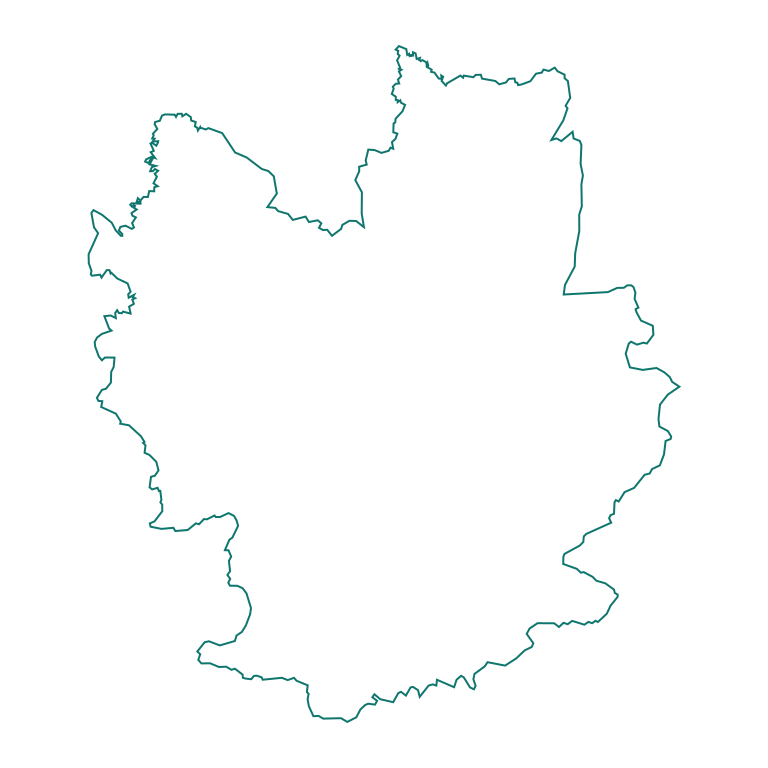 outline of Bhamo, Kachin, Myanmar
{"feature_id": "60261553B27046412343024", "entity_name": "Bhamo", "entity_type": "district", "adm_level": 2, "iso_a3": "MMR", "parent_name": "Myanmar", "parent_adm1": "Kachin", "projection": "orthographic", "projection_center": [97.111, 24.269], "detail": "fine", "context": "isolated", "style": "outline", "palette": "teal", "viewbox_px": 768, "rotation_deg": 0, "n_neighbors": 0, "source": "geoboundaries", "source_scale": "gbopen_adm2", "svg_char_len": 6036}
<svg xmlns="http://www.w3.org/2000/svg" viewBox="0 0 768 768"><path d="M572.6,131.8L561.3,141.1L556.5,138.4L551.4,140.0L563.3,120.4L567.5,108.3L565.6,105.8L570.2,97.9L567.9,81.1L564.6,78.2L564.6,74.7L557.6,71.3L554.7,67.6L548.9,71.0L543.5,69.6L541.8,72.6L536.0,73.7L530.4,81.2L521.4,84.5L518.1,85.1L517.4,82.8L515.3,82.2L514.5,78.5L508.9,78.9L505.9,82.5L499.2,84.3L495.4,81.0L482.0,78.6L480.9,74.8L475.7,74.9L473.4,77.2L463.8,75.6L463.1,77.7L460.4,75.6L447.1,83.3L445.9,85.5L441.6,80.9L443.1,76.7L441.3,75.5L441.7,78.9L438.7,78.5L434.5,72.6L431.1,71.8L431.7,69.7L427.4,67.2L428.2,65.6L427.5,62.8L426.6,64.8L426.3,62.3L422.4,60.1L420.7,61.1L419.6,59.6L418.9,61.0L419.9,58.0L416.7,59.0L415.6,53.4L413.0,52.3L413.1,55.6L410.6,56.0L411.3,55.0L409.1,55.2L409.0,53.8L407.2,54.9L406.3,49.1L398.9,46.1L395.7,49.6L398.2,50.8L397.7,54.0L399.6,55.7L397.1,60.4L400.2,67.9L399.0,68.8L401.4,69.8L398.9,71.4L401.2,76.1L397.9,79.6L399.2,83.5L395.7,83.8L392.8,86.8L393.7,88.6L391.8,94.0L395.8,96.7L395.8,99.9L397.7,100.1L397.7,102.2L400.3,100.3L401.0,102.7L405.1,104.9L402.4,111.4L395.6,118.7L395.2,122.5L393.6,123.4L393.3,132.3L397.3,133.6L395.5,138.8L392.0,142.1L393.2,148.7L390.5,147.7L388.7,150.8L381.5,152.9L374.7,150.1L368.3,149.6L365.7,160.4L366.7,164.6L359.2,166.7L359.2,171.3L355.3,180.1L361.9,192.3L361.7,213.5L363.9,227.1L356.1,221.0L349.4,220.8L342.4,224.9L341.1,228.9L332.0,235.8L327.2,229.8L322.9,230.0L319.0,227.8L321.3,223.3L317.8,220.3L308.9,222.0L305.6,216.6L292.8,219.9L288.0,213.9L278.1,211.1L275.3,207.9L267.4,207.1L276.8,193.6L273.8,176.3L268.3,171.0L261.8,169.0L246.7,157.5L235.1,152.5L222.2,133.1L208.3,128.1L205.8,129.5L200.9,127.8L200.8,128.9L200.2,127.0L197.9,130.5L197.2,127.7L194.9,126.4L195.7,122.0L191.2,120.5L190.8,117.1L186.1,113.8L182.4,116.3L181.8,113.8L177.7,113.8L176.0,116.9L174.7,114.7L165.1,114.4L162.0,115.6L159.8,120.8L155.1,122.0L154.6,124.0L157.3,129.0L152.9,133.8L153.7,135.4L152.2,138.5L154.6,138.7L152.6,141.5L158.2,141.2L158.0,142.4L156.3,145.7L152.4,143.0L150.5,143.5L153.8,150.8L150.7,152.2L155.1,158.0L151.5,156.8L146.0,159.5L145.1,161.6L148.4,163.0L151.0,158.9L152.4,159.2L149.6,164.4L155.7,165.9L151.9,167.1L150.2,171.2L152.8,171.2L155.0,169.0L158.1,170.8L154.7,173.8L156.9,176.6L153.5,183.3L157.7,186.2L154.3,187.2L154.2,191.3L149.2,191.1L147.9,197.0L143.6,196.9L140.3,200.6L137.9,198.2L136.7,201.8L140.5,202.1L140.5,203.7L131.6,203.3L130.2,204.7L132.1,206.8L133.6,205.1L135.0,206.0L134.0,207.8L136.7,209.5L131.5,213.1L132.4,215.7L135.9,217.4L132.1,223.1L134.0,227.5L131.8,228.9L125.6,225.7L120.4,226.9L118.9,230.5L122.3,234.1L122.3,235.8L120.8,235.8L115.7,230.3L111.8,222.8L102.2,214.9L93.5,210.1L91.4,213.0L94.0,227.3L98.1,233.2L88.6,254.3L88.8,263.2L91.5,271.0L90.8,274.3L91.9,275.7L100.2,274.7L101.5,277.6L106.8,270.1L109.5,270.2L110.6,273.5L111.4,272.8L117.4,278.6L127.6,283.4L130.6,291.7L128.2,294.3L128.7,297.7L134.1,294.8L132.8,297.2L135.1,298.2L132.3,299.6L133.9,303.8L129.1,306.6L130.6,313.6L123.0,311.6L121.9,313.2L118.8,313.0L117.2,310.2L115.2,313.0L115.8,318.1L110.7,315.5L104.4,316.2L109.1,328.5L111.5,330.6L101.9,333.9L97.0,337.6L94.7,342.1L95.2,346.7L98.8,356.5L101.9,360.3L105.0,357.5L114.5,357.6L113.7,366.9L111.2,371.9L110.9,382.6L106.0,388.7L101.9,389.9L96.9,397.8L98.4,400.9L102.3,401.2L101.2,407.0L115.9,413.7L120.8,421.5L120.2,423.7L129.0,425.3L141.0,436.3L144.5,442.0L143.1,442.9L145.5,445.3L144.6,452.8L149.4,454.9L156.3,461.8L158.5,470.4L154.9,475.7L151.0,476.8L149.6,487.3L152.2,489.4L157.6,487.8L159.0,491.1L160.3,490.9L161.4,499.9L160.4,502.4L162.2,504.5L162.3,511.2L154.5,521.4L149.8,523.4L150.6,526.7L161.5,528.9L173.4,527.8L175.3,531.0L187.7,530.0L195.8,523.4L199.1,524.2L203.9,519.1L207.0,519.3L214.5,515.5L215.7,517.0L220.1,517.0L228.5,513.1L234.0,515.9L236.6,520.5L238.1,525.8L232.4,537.6L229.4,539.7L224.9,550.2L228.5,550.3L231.2,556.6L228.9,560.9L230.1,571.2L227.4,574.9L230.2,578.9L228.3,582.7L230.0,585.7L237.3,585.8L242.6,588.2L246.5,593.4L251.0,608.1L250.1,614.3L245.9,625.4L241.9,631.9L236.5,635.6L234.9,641.0L219.8,645.4L209.0,641.3L204.7,642.2L197.3,651.5L200.2,654.2L198.3,659.9L201.4,663.4L210.1,663.3L219.0,667.0L226.2,666.7L231.5,669.8L234.9,668.7L242.6,674.6L242.9,677.8L245.8,678.6L251.2,679.2L254.0,675.9L256.9,675.7L261.6,677.3L262.7,679.7L281.9,677.8L287.7,680.1L294.0,677.8L296.6,680.8L307.7,685.3L306.9,692.0L308.6,693.9L307.6,699.2L308.8,706.0L313.4,716.2L318.6,715.9L323.2,718.6L341.0,718.2L347.3,721.9L356.3,717.3L360.4,709.5L365.0,705.1L368.2,703.7L375.0,704.6L377.1,700.8L372.4,697.3L374.4,694.3L380.3,699.2L393.2,702.2L398.3,693.1L401.0,691.8L405.9,695.6L410.5,687.5L412.9,686.9L418.0,690.1L419.7,696.8L428.7,685.5L432.9,684.4L436.3,685.6L437.0,679.8L454.1,687.2L456.6,679.7L461.1,675.8L463.8,677.4L470.0,687.4L473.9,689.3L475.6,685.9L473.4,679.2L474.5,673.9L484.7,666.4L487.6,662.2L505.1,665.6L516.1,658.5L524.7,650.4L531.8,646.9L533.3,643.2L526.7,633.9L529.6,628.5L537.5,623.2L554.2,623.3L559.0,627.0L563.5,622.8L567.7,624.2L572.2,620.9L584.4,624.7L588.4,621.9L592.1,623.2L595.5,620.8L597.9,622.0L606.8,613.7L610.6,605.6L617.6,596.9L617.7,594.6L614.8,592.9L614.0,589.6L605.3,583.3L596.3,580.7L592.7,576.9L583.7,572.1L580.9,572.7L576.9,568.9L563.2,564.0L563.4,556.7L564.5,553.9L579.7,545.6L583.3,542.0L583.8,536.4L586.3,533.9L611.2,522.7L609.1,518.2L610.6,515.1L614.0,513.8L614.5,502.4L615.9,500.1L618.7,501.5L624.6,492.1L634.1,487.9L644.6,474.8L649.7,473.5L652.0,469.1L659.9,465.3L664.0,454.4L665.6,441.0L670.6,439.0L671.2,436.6L667.9,431.1L659.4,426.5L658.5,419.0L660.0,404.6L667.8,394.6L679.4,386.7L672.2,381.9L669.7,377.0L664.3,372.3L656.5,368.0L642.8,369.9L629.9,367.4L625.7,353.7L628.8,343.5L631.1,341.7L637.0,344.6L643.4,342.7L646.9,343.5L653.4,334.8L652.8,325.8L641.0,320.6L636.5,312.2L635.6,309.2L638.4,307.6L634.6,298.9L635.4,292.7L633.5,287.1L631.3,285.3L627.4,285.3L623.8,287.8L617.2,287.9L607.9,292.1L563.7,294.5L565.0,284.9L574.7,266.6L575.2,253.2L579.3,231.0L579.2,214.7L581.8,206.4L581.4,184.3L582.9,175.6L580.6,163.9L581.4,145.0L579.8,140.9L573.6,138.5L572.6,131.8Z" fill="none" stroke="#0f766e" stroke-width="2"/></svg>